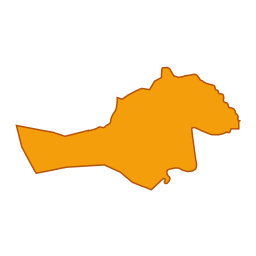 outline of Sharg An Neel, Khartoum, Sudan, rotated 181°
{"feature_id": "16777658B39366456594232", "entity_name": "Sharg An Neel", "entity_type": "district", "adm_level": 2, "iso_a3": "SDN", "parent_name": "Sudan", "parent_adm1": "Khartoum", "projection": "orthographic", "projection_center": [33.17, 15.691], "detail": "fine", "context": "isolated", "style": "filled", "palette": "amber", "viewbox_px": 256, "rotation_deg": 181, "n_neighbors": 0, "source": "geoboundaries", "source_scale": "gbopen_adm2", "svg_char_len": 3042}
<svg xmlns="http://www.w3.org/2000/svg" viewBox="0 0 256 256"><g transform="rotate(181 128 128)"><path d="M239.6,128.6L233.9,107.3L230.5,101.2L224.7,90.8L221.6,85.4L221.4,85.0L221.1,84.4L218.9,81.2L215.0,82.0L201.5,84.9L194.6,86.5L192.3,87.0L190.8,87.3L189.7,87.5L188.5,87.8L177.7,88.6L176.4,88.7L172.9,89.0L151.0,90.7L141.2,86.4L134.5,83.5L131.9,81.3L125.4,76.0L122.7,73.8L113.2,70.2L110.2,69.2L108.1,68.4L106.5,67.8L104.4,67.0L104.1,66.9L103.7,66.8L103.6,66.7L93.6,76.4L92.5,77.4L91.1,78.1L90.1,77.7L90.0,77.1L90.1,76.1L90.7,74.4L90.0,73.2L88.1,73.3L86.0,75.6L85.1,78.1L85.8,79.7L87.6,81.5L88.5,83.9L87.9,86.5L85.8,87.6L79.8,88.9L76.2,88.7L73.0,86.9L67.7,85.5L62.3,86.3L59.5,88.3L58.7,92.4L60.4,101.3L60.7,103.6L62.9,118.0L64.3,127.8L63.9,129.2L61.2,129.6L58.6,128.5L53.9,126.3L47.5,123.9L44.9,123.0L44.2,122.8L43.3,122.8L37.6,122.8L33.6,123.7L30.0,125.2L29.5,125.4L28.9,125.6L28.3,125.5L27.4,125.1L26.9,125.1L26.1,125.8L25.7,126.8L25.3,127.8L24.9,129.0L24.0,129.0L23.3,129.0L22.2,129.0L18.8,129.0L17.2,129.1L17.2,131.4L17.3,133.4L17.3,134.8L17.5,136.5L16.6,136.8L16.4,137.3L17.4,137.4L18.2,138.1L18.6,139.1L18.2,139.8L18.1,141.3L18.4,141.6L18.5,142.2L19.1,143.1L19.4,143.5L19.9,144.0L20.5,144.4L20.8,144.7L20.9,145.9L21.1,146.9L21.7,147.6L22.3,148.5L22.7,149.0L23.9,149.6L25.2,149.8L25.9,149.9L27.7,150.3L27.8,151.0L28.0,151.9L28.4,153.1L28.8,154.0L29.6,154.7L30.0,154.9L30.5,154.8L31.1,155.1L31.5,155.3L31.9,155.4L32.3,155.7L32.7,156.1L33.0,157.0L33.1,157.8L33.0,158.4L32.9,159.0L32.8,159.5L32.8,160.0L32.8,160.5L32.9,161.0L33.1,161.6L33.2,162.0L33.3,162.5L33.6,163.0L34.3,163.4L34.4,163.5L34.5,163.6L37.8,164.1L38.3,165.0L38.5,166.3L38.7,167.0L39.3,167.3L40.9,167.7L41.3,168.4L41.7,169.3L41.7,169.9L41.8,170.4L41.9,170.7L41.9,171.1L42.3,171.6L43.0,172.0L43.9,172.4L45.1,172.7L45.8,172.8L47.1,173.1L48.1,173.4L49.7,173.8L50.4,174.0L51.0,174.3L51.3,174.5L51.8,174.7L53.0,175.2L53.5,175.6L54.0,176.0L54.3,176.3L55.2,176.8L55.6,176.9L56.0,177.0L56.6,177.4L57.0,177.9L57.4,178.5L58.0,179.4L58.3,179.9L59.8,181.6L61.3,182.7L62.9,182.8L64.3,182.6L66.2,182.1L69.1,181.6L71.6,181.2L73.9,180.4L76.2,179.9L78.2,179.5L83.1,180.9L87.3,187.8L89.8,189.3L91.8,188.8L93.4,188.9L94.5,188.8L95.2,187.3L95.5,180.8L95.4,179.1L101.2,175.8L102.1,175.4L107.1,166.7L114.6,167.8L115.8,167.5L120.7,165.2L129.0,160.6L134.2,156.7L134.7,156.8L139.3,158.2L139.3,154.4L139.4,152.7L139.8,149.5L140.1,147.4L140.6,145.8L141.4,144.2L143.0,141.9L144.5,138.9L145.2,136.4L145.6,133.8L145.9,132.9L146.5,132.1L147.5,131.3L148.6,130.8L149.5,130.2L149.9,129.9L150.6,129.3L151.1,128.6L151.5,128.3L152.4,128.0L152.9,127.9L153.5,128.1L154.0,128.2L154.4,128.3L155.3,128.4L156.0,128.5L156.5,128.5L157.2,128.4L158.0,128.0L158.8,127.4L159.1,127.1L159.7,126.8L160.2,126.6L160.7,126.5L161.3,126.3L162.7,125.6L163.2,125.6L164.8,125.2L167.7,124.5L167.7,124.9L172.0,123.7L183.2,120.7L190.9,118.6L195.9,120.2L200.2,121.5L202.9,122.4L204.0,122.5L205.4,122.7L206.4,122.9L208.8,123.3L213.0,124.0L228.7,126.7L238.0,128.3L239.6,128.6Z" fill="#f59e0b" stroke="#b45309" stroke-width="1.5"/></g></svg>